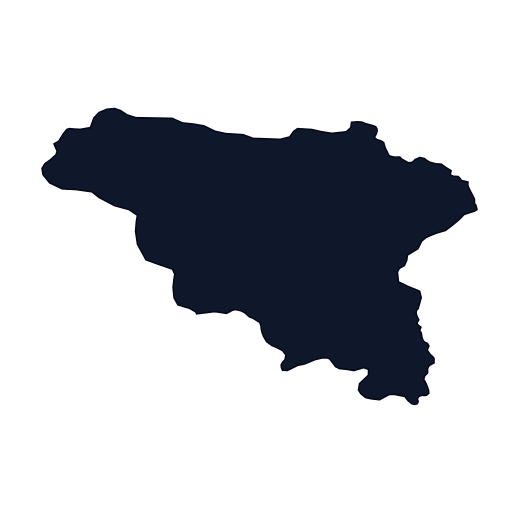 Keningau, Sabah, Malaysia (Equal Earth projection), rotated 93°
{"feature_id": "92858781B15741059593966", "entity_name": "Keningau", "entity_type": "district", "adm_level": 2, "iso_a3": "MYS", "parent_name": "Malaysia", "parent_adm1": "Sabah", "projection": "equal_earth", "projection_center": [116.308, 5.235], "detail": "fine", "context": "isolated", "style": "filled", "palette": "ink", "viewbox_px": 512, "rotation_deg": 93, "n_neighbors": 0, "source": "geoboundaries", "source_scale": "gbopen_adm2", "svg_char_len": 2892}
<svg xmlns="http://www.w3.org/2000/svg" viewBox="0 0 512 512"><g transform="rotate(93 256 256)"><path d="M154.6,463.6L161.8,460.1L165.4,461.1L171.1,466.9L174.9,471.7L179.7,474.3L185.9,473.0L193.8,465.9L199.1,453.1L199.1,439.3L200.5,423.2L205.8,415.8L213.2,399.8L216.3,385.3L221.6,376.6L227.6,377.3L237.6,377.6L250.5,375.0L265.6,365.7L269.0,354.5L273.5,338.8L278.3,336.2L284.0,336.8L291.7,337.2L302.2,335.6L308.9,331.4L311.8,319.5L315.1,313.1L316.9,312.3L313.9,295.4L313.9,291.9L314.9,282.6L313.5,280.0L311.3,276.5L310.6,273.3L311.5,268.2L313.2,264.3L317.1,259.5L318.2,256.0L322.1,248.9L325.7,247.3L328.5,247.0L331.9,246.0L335.7,244.4L341.0,240.9L344.6,235.4L345.8,231.9L348.9,224.8L353.2,221.0L358.0,221.6L360.6,223.9L363.5,225.2L366.1,224.8L368.7,223.6L368.7,218.7L366.6,214.9L363.0,208.5L361.5,202.4L359.1,197.2L356.5,191.8L354.4,184.7L354.1,179.0L355.2,176.8L362.3,170.8L364.1,166.8L364.5,159.3L365.3,152.2L361.9,142.6L363.4,137.7L369.1,137.5L378.0,145.9L384.4,146.7L387.9,144.2L391.6,139.3L392.6,133.6L393.1,125.0L390.2,120.4L387.4,115.7L387.0,110.8L388.5,100.1L392.5,96.6L395.4,92.7L395.9,89.9L395.1,87.2L392.5,86.4L390.3,87.4L387.7,86.0L386.5,83.1L386.5,80.0L386.2,78.6L384.2,76.3L381.6,76.5L379.0,77.5L376.7,78.4L373.2,80.2L370.4,82.1L367.2,81.4L363.6,78.4L360.3,78.8L357.4,78.0L355.7,76.3L353.5,72.6L350.9,72.7L349.0,72.8L347.0,74.5L345.2,76.9L341.1,80.0L339.5,79.6L336.8,78.6L334.3,80.2L333.2,83.1L331.6,84.7L328.5,86.0L326.4,86.4L323.9,87.0L322.1,88.6L320.5,88.2L318.4,87.6L316.9,89.9L315.3,91.7L313.2,91.1L311.2,90.1L307.7,92.1L304.6,93.1L302.0,92.9L300.0,91.3L288.9,88.8L282.6,90.7L278.1,103.4L274.3,112.4L264.5,113.9L260.9,112.2L257.8,107.3L252.3,105.2L247.2,104.8L240.2,94.6L232.5,91.3L228.7,87.2L225.6,81.2L223.4,76.1L220.6,68.1L214.8,61.3L210.0,56.0L206.2,52.5L203.8,50.5L201.3,44.3L199.9,40.4L198.1,37.7L193.8,39.0L192.0,40.6L190.1,40.6L187.7,40.8L185.1,42.3L181.9,44.1L179.3,45.7L176.2,47.4L174.1,48.2L171.0,48.2L170.4,51.3L169.8,55.0L168.3,55.8L166.0,58.3L166.0,62.8L165.0,66.1L163.5,66.1L160.6,65.6L157.4,71.4L154.5,75.9L154.5,81.4L153.2,87.4L151.6,90.5L149.9,92.7L149.0,97.4L151.3,102.2L153.1,103.6L154.5,105.5L154.8,109.1L151.4,115.7L149.6,117.6L150.0,122.9L149.3,127.0L148.2,128.9L146.0,129.9L142.2,132.1L139.6,133.2L136.1,134.4L134.9,136.2L134.3,137.9L133.3,141.6L131.8,143.6L130.1,143.4L127.7,142.2L125.1,141.6L122.8,141.8L120.6,143.2L119.6,146.3L118.8,150.0L118.0,153.7L116.8,157.0L116.6,161.7L117.4,167.6L122.8,168.1L127.2,172.4L129.5,186.7L128.4,197.2L126.7,207.1L126.6,221.2L129.5,224.9L135.3,228.6L138.2,237.9L138.5,258.6L138.7,264.8L135.5,275.2L135.3,292.7L133.6,303.2L128.7,314.9L127.5,325.2L126.9,336.5L122.9,346.9L124.1,383.3L121.8,392.1L117.8,398.9L116.1,404.9L117.2,412.5L120.9,420.3L126.7,425.2L136.4,428.1L138.7,438.2L138.7,444.3L138.5,448.8L139.4,451.5L144.3,455.0L151.5,458.9L154.6,463.6Z" fill="#0f172a" stroke="#020617" stroke-width="1.5"/></g></svg>